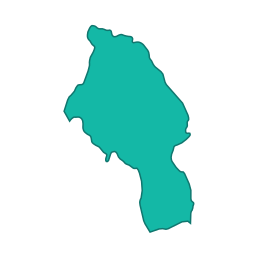 an SVG outline of Westmeath, rotated 263°
{"feature_id": "IRL-717", "entity_name": "Westmeath", "entity_type": "County", "adm_level": 1, "iso_a3": "IRL", "parent_name": "Ireland", "parent_adm1": "", "projection": "equal_earth", "projection_center": [-7.391, 53.56], "detail": "fine", "context": "isolated", "style": "filled", "palette": "teal", "viewbox_px": 256, "rotation_deg": 263, "n_neighbors": 0, "source": "natural_earth", "source_scale": "10m", "svg_char_len": 2890}
<svg xmlns="http://www.w3.org/2000/svg" viewBox="0 0 256 256"><g transform="rotate(263 128 128)"><path d="M152.4,66.6L163.1,71.5L166.1,73.5L167.4,75.4L171.0,79.3L174.2,81.2L175.8,82.6L176.7,83.6L176.8,84.6L176.8,85.7L176.7,86.9L176.9,88.2L177.6,89.1L178.4,89.7L189.3,95.3L194.4,97.3L196.2,97.6L197.8,97.7L199.9,98.2L202.8,99.3L207.5,102.7L210.0,104.1L211.8,104.8L213.0,104.7L215.2,102.7L216.1,102.2L219.0,100.9L220.6,99.7L221.5,99.3L222.5,99.0L223.5,98.9L225.3,99.1L228.2,99.9L231.8,102.1L233.3,103.4L234.0,104.7L233.8,105.7L233.5,106.7L233.1,107.6L232.5,108.4L231.0,109.7L230.4,110.5L230.0,111.4L229.8,112.5L229.6,114.6L228.8,116.4L227.8,118.1L227.5,119.0L227.3,120.2L227.4,121.6L226.9,122.6L226.0,123.1L222.9,123.4L222.0,123.7L221.2,124.2L220.5,124.8L220.2,126.0L220.3,127.6L221.3,130.3L221.6,131.9L221.5,133.2L220.1,135.9L219.4,137.8L218.8,139.8L218.6,140.9L218.3,141.9L217.8,142.7L217.1,143.2L216.3,143.4L215.8,143.5L213.6,142.8L212.6,143.0L212.0,143.7L212.2,146.9L212.1,148.2L211.9,149.1L211.6,149.9L210.9,151.1L210.4,151.8L209.0,153.2L208.1,153.8L202.7,157.0L200.7,157.7L198.1,157.9L195.4,157.8L194.3,158.1L193.3,158.6L192.5,159.1L191.6,159.6L188.3,160.7L186.5,161.6L185.2,162.5L179.9,167.6L177.2,169.2L169.1,170.3L167.4,170.9L166.1,171.5L146.0,185.2L133.3,189.1L130.6,189.4L128.8,189.2L127.3,187.8L126.3,187.4L123.3,187.2L122.1,186.8L120.4,185.4L119.1,184.9L116.7,184.8L115.8,185.4L115.5,186.3L115.5,187.4L115.2,188.7L114.2,188.9L113.3,188.7L112.6,188.1L111.9,187.4L109.6,184.4L107.2,180.4L106.7,179.5L105.2,174.8L104.9,173.1L104.7,172.6L104.3,171.9L103.7,171.3L100.5,170.1L96.7,168.1L93.7,167.2L91.4,167.2L89.7,167.5L83.1,170.9L79.8,173.3L78.4,174.6L78.0,175.5L77.8,176.5L77.6,177.5L75.8,178.6L65.0,181.9L58.5,182.8L50.4,181.8L48.4,181.9L47.3,182.6L45.9,183.9L44.8,184.0L43.7,183.6L42.9,183.1L40.6,182.5L38.6,181.6L37.9,180.9L37.0,180.4L35.5,179.9L25.8,178.4L26.0,178.2L28.2,176.0L28.3,170.2L23.1,155.4L22.9,153.3L23.9,150.1L24.0,146.5L22.0,137.2L30.7,133.3L34.1,132.3L49.9,130.6L52.6,130.6L53.9,130.9L54.9,131.3L55.9,131.8L56.6,132.4L64.2,134.5L73.5,135.0L81.9,133.9L85.3,133.0L87.0,131.9L87.0,129.9L87.2,128.9L87.6,128.2L90.3,125.4L91.0,124.6L92.5,121.8L93.4,120.8L95.2,119.6L96.3,118.6L97.2,117.6L98.3,116.4L100.5,115.0L104.1,114.0L105.6,113.0L106.3,111.9L106.2,109.8L105.9,108.9L105.3,108.2L104.4,107.6L98.3,104.8L97.6,104.1L97.2,103.3L97.4,102.4L98.4,102.0L99.6,102.1L100.7,102.4L102.8,103.4L104.1,103.7L104.8,103.3L106.9,100.8L112.1,97.5L112.7,97.0L113.2,96.4L114.8,93.9L116.6,91.8L117.8,90.8L118.8,90.4L123.0,90.2L124.3,89.8L125.2,89.2L126.8,86.9L128.5,85.2L129.6,84.3L130.8,83.7L131.9,83.5L133.2,83.3L134.5,83.4L137.7,83.9L140.5,83.9L142.0,83.5L143.1,82.9L143.8,82.2L144.4,81.5L144.8,80.6L145.0,79.6L145.1,77.5L145.2,76.8L145.3,76.3L145.3,76.0L145.3,75.5L145.1,75.0L144.3,73.5L143.2,72.1L141.9,70.9L152.4,66.6Z" fill="#14b8a6" stroke="#0f766e" stroke-width="1.5"/></g></svg>